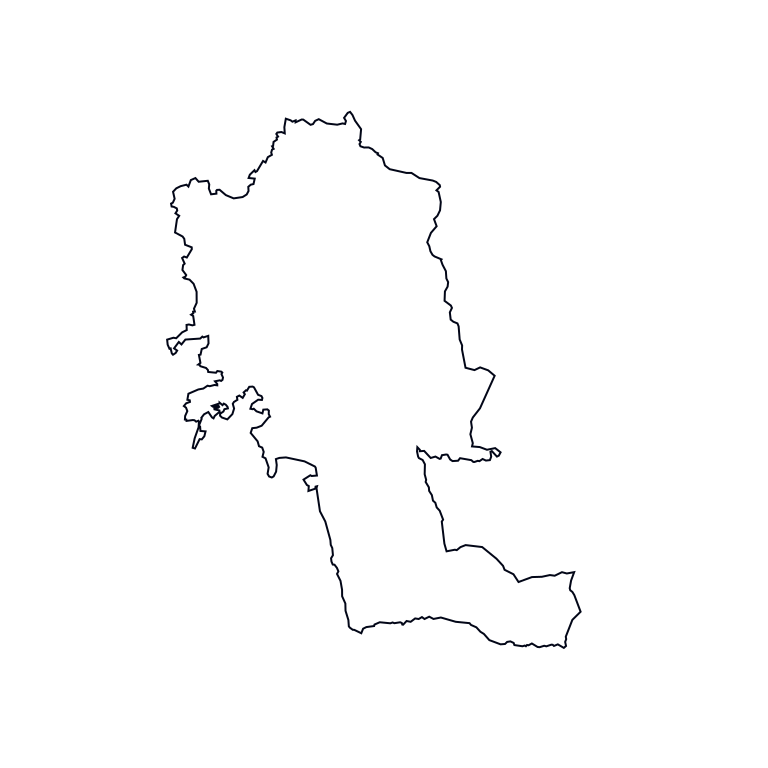 outline of Parva, Bistrita-Nasaud, Romania, rotated 112°
{"feature_id": "2599482B44846698630488", "entity_name": "Parva", "entity_type": "district", "adm_level": 2, "iso_a3": "ROU", "parent_name": "Romania", "parent_adm1": "Bistrita-Nasaud", "projection": "mercator", "projection_center": [24.578, 47.424], "detail": "fine", "context": "isolated", "style": "outline", "palette": "ink", "viewbox_px": 768, "rotation_deg": 112, "n_neighbors": 0, "source": "geoboundaries", "source_scale": "gbopen_adm2", "svg_char_len": 6166}
<svg xmlns="http://www.w3.org/2000/svg" viewBox="0 0 768 768"><g transform="rotate(112 384 384)"><path d="M403.2,589.2L407.9,587.1L411.7,590.5L419.4,593.8L420.0,596.6L424.1,601.7L428.6,599.3L431.7,596.1L430.9,595.2L435.1,592.2L435.9,590.6L433.3,588.8L430.5,588.3L429.6,592.0L421.9,590.0L423.2,586.6L417.2,584.8L410.7,571.4L408.1,570.2L408.4,568.8L405.2,565.0L412.1,561.9L416.4,562.2L419.8,566.1L425.5,565.1L426.4,566.5L433.2,562.1L435.6,563.5L435.3,562.1L436.3,561.0L435.8,555.0L437.0,552.5L438.7,551.5L436.5,544.0L434.4,543.4L433.5,539.4L434.0,538.2L435.7,538.4L438.3,535.7L440.7,535.3L442.2,536.2L442.1,537.6L444.8,541.7L446.5,538.6L447.7,538.1L448.4,540.8L451.3,544.7L451.7,547.0L455.9,549.8L458.6,554.1L466.3,561.7L472.3,560.4L471.9,558.0L473.3,557.2L476.0,560.2L479.4,561.3L480.1,558.7L482.8,556.2L488.1,556.4L491.5,555.3L491.0,554.0L492.2,553.3L489.0,547.7L488.6,546.1L489.3,544.1L487.6,542.3L488.4,541.4L493.6,539.7L505.3,539.2L514.8,537.5L514.6,535.1L504.2,534.3L503.6,532.2L499.7,531.0L494.8,531.7L496.3,536.6L492.3,538.6L491.9,540.0L484.6,540.0L483.8,540.7L479.5,539.5L475.8,536.4L479.4,531.0L479.7,529.2L477.0,529.0L471.3,526.0L470.2,526.7L471.0,531.7L470.1,532.2L468.2,528.9L467.0,528.3L466.3,529.2L469.1,534.2L468.8,535.3L463.5,529.1L462.9,529.4L464.1,525.8L462.2,525.2L462.5,522.9L463.8,520.5L465.1,519.6L467.1,522.5L469.7,522.6L473.0,524.8L474.8,524.1L475.8,521.7L475.5,516.0L468.7,513.3L462.9,513.8L459.0,516.8L456.8,516.4L453.6,514.0L451.0,515.6L448.9,513.8L449.8,509.8L445.6,509.2L444.4,511.0L441.5,509.6L441.5,508.6L437.1,507.9L435.6,504.8L435.8,503.3L441.2,496.7L441.1,493.1L442.5,491.5L444.5,491.2L445.7,494.8L452.0,498.9L457.0,498.6L456.6,496.4L455.7,495.5L457.1,492.0L456.8,485.7L453.0,486.3L451.2,482.6L451.8,480.8L455.1,479.6L457.0,477.4L458.2,478.5L468.5,481.8L472.2,485.7L474.3,489.6L479.3,489.3L484.5,479.7L488.5,476.6L488.6,473.1L492.0,470.1L497.0,469.4L497.3,466.0L504.5,459.7L510.9,458.3L512.8,455.9L512.7,453.0L511.0,451.7L505.7,451.2L499.3,453.1L494.1,456.1L491.7,453.3L488.8,447.4L485.5,428.7L486.4,417.1L487.2,416.0L494.0,411.9L496.4,416.6L496.2,418.1L502.8,422.8L506.5,417.7L506.8,415.5L511.5,414.0L506.8,408.5L504.8,409.0L503.9,407.8L505.8,407.6L526.0,395.7L533.5,386.9L548.7,375.3L553.1,373.1L555.5,370.5L561.9,367.2L565.4,367.8L568.3,366.2L570.6,363.9L570.1,362.2L572.1,358.8L574.8,356.1L577.7,356.4L582.8,350.6L590.5,345.8L596.5,343.3L602.0,337.6L608.7,334.7L616.2,328.6L621.9,325.8L622.7,324.4L623.6,320.9L623.1,319.5L623.6,311.7L618.7,311.7L616.0,309.3L612.1,302.5L610.6,302.7L606.5,298.7L603.5,288.5L601.9,286.7L601.9,284.8L598.9,279.8L598.9,278.0L600.2,276.9L600.0,276.1L595.3,274.3L594.5,270.2L589.7,267.3L588.9,263.8L585.9,261.5L586.7,258.4L582.8,254.9L583.3,250.1L579.2,243.8L577.6,228.4L573.7,215.1L574.8,213.1L575.0,207.2L577.6,201.8L578.3,197.8L582.0,190.4L581.7,178.4L579.7,174.4L577.0,173.2L575.3,170.4L575.5,166.8L577.2,165.3L575.3,157.4L573.8,155.5L574.0,154.2L572.4,153.6L572.1,152.1L569.2,149.7L570.3,143.1L569.7,141.1L566.7,137.4L566.4,135.2L563.0,131.2L562.6,129.9L563.2,128.3L560.3,125.3L561.3,118.4L558.7,117.1L555.3,119.4L552.3,119.5L550.2,120.8L532.1,121.0L521.5,116.4L508.4,128.5L506.2,131.5L505.5,134.0L503.8,135.3L496.2,136.9L487.2,137.2L491.2,143.5L491.8,148.5L497.8,153.9L499.0,158.6L503.6,165.4L507.6,174.5L517.2,185.1L511.9,192.7L511.1,202.6L508.0,205.5L503.9,214.2L498.4,231.9L502.8,248.0L506.6,252.0L510.8,254.3L511.1,256.2L515.7,263.3L509.4,268.2L489.9,278.9L487.6,278.4L480.6,284.9L478.7,288.9L474.9,291.9L473.8,294.9L469.1,298.0L466.2,302.1L463.0,303.7L459.2,308.7L457.1,309.0L452.4,312.5L443.1,316.0L440.0,319.7L439.6,323.9L438.5,325.2L434.2,328.1L430.1,329.4L431.6,326.1L432.9,325.6L431.0,321.7L435.1,313.0L432.0,309.1L432.6,304.4L431.9,303.5L428.3,303.6L426.1,300.0L425.8,298.6L429.2,294.4L429.8,291.6L427.4,286.6L424.3,285.7L421.9,274.5L422.8,272.0L422.4,270.9L420.1,268.3L419.8,266.6L416.6,264.5L416.8,260.8L414.9,257.3L411.2,257.4L407.0,259.9L405.8,258.9L409.0,252.1L407.4,250.7L403.7,250.3L401.8,256.9L406.4,263.9L406.6,271.6L408.9,279.0L405.6,279.5L398.2,285.1L391.6,286.1L386.3,289.2L381.8,289.1L370.6,285.9L334.9,284.5L332.3,292.5L332.6,301.1L337.2,305.3L338.4,314.5L322.8,324.6L319.0,326.0L314.4,330.5L302.6,336.4L300.3,338.6L300.3,343.0L299.3,346.3L292.9,349.8L288.0,349.5L286.2,351.4L284.2,359.0L275.3,362.2L269.9,361.5L265.5,362.7L262.8,365.7L256.2,368.9L251.5,374.4L247.8,377.7L246.9,377.4L246.8,384.9L246.1,387.4L243.5,390.7L239.3,393.6L236.4,397.0L226.3,397.1L218.0,394.3L212.4,399.4L208.0,397.5L202.0,397.1L194.0,399.5L185.5,405.3L184.8,407.9L180.1,405.9L178.7,406.8L177.1,411.3L177.1,415.0L179.8,428.3L178.0,437.6L179.9,442.3L182.7,459.2L181.0,465.0L174.9,469.9L173.6,476.0L172.3,476.0L172.3,478.6L170.6,482.9L170.4,486.7L172.2,491.1L172.4,494.9L170.7,496.6L168.2,496.2L167.3,498.4L166.2,497.7L156.3,500.7L150.7,509.5L146.4,514.0L144.4,517.4L146.2,519.2L152.2,520.7L154.4,517.8L157.5,517.5L157.9,520.0L161.1,524.5L163.9,534.6L162.9,543.7L165.8,546.4L169.6,547.2L171.2,549.2L169.1,557.9L169.6,559.4L174.5,564.0L172.7,564.7L175.1,567.2L174.5,569.3L174.8,574.4L183.2,572.6L188.8,569.9L188.8,573.5L190.8,577.1L192.5,577.5L194.3,574.9L195.7,576.0L197.5,574.8L200.9,577.1L204.8,576.0L205.5,576.8L207.3,574.4L208.6,575.6L211.6,575.3L213.5,573.8L217.2,576.7L223.0,576.8L222.5,579.7L234.2,581.5L235.6,582.6L234.3,584.2L240.2,586.8L243.7,586.7L242.0,580.8L247.5,579.9L249.1,582.2L252.0,583.7L255.8,581.9L259.7,582.3L263.6,585.1L268.2,592.9L268.1,601.4L265.5,609.2L266.6,611.5L267.6,611.9L270.3,610.7L272.9,615.4L268.4,619.6L264.4,620.8L261.6,623.5L265.9,631.6L263.7,636.0L267.3,639.5L274.2,639.3L273.2,641.8L276.7,646.6L280.4,649.9L284.8,651.6L290.7,647.5L295.0,647.7L296.5,649.0L299.0,647.4L298.5,645.3L298.8,641.9L300.6,640.7L303.9,641.3L304.8,636.9L308.7,637.7L321.8,634.5L322.7,626.0L324.2,623.6L329.4,620.6L329.3,613.5L331.0,612.7L340.6,614.2L340.7,617.1L342.8,618.4L347.1,613.9L349.0,614.8L353.8,613.6L357.1,608.2L358.9,608.4L360.4,609.9L360.9,608.7L360.1,603.4L362.4,598.1L368.7,592.3L378.9,588.1L385.4,588.4L387.7,586.5L388.5,588.1L389.9,587.3L392.0,588.8L392.4,586.4L400.1,581.9L401.4,583.6L401.9,587.2L403.2,589.2Z" fill="none" stroke="#020617" stroke-width="2"/></g></svg>